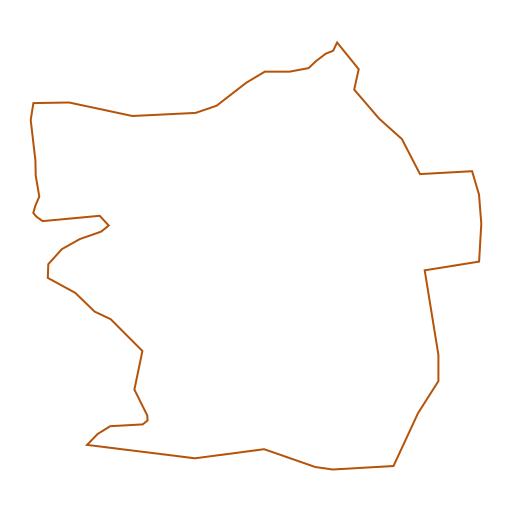 SVG path tracing the border of Viesites
{"feature_id": "LVA-5733", "entity_name": "Viesites", "entity_type": "Municipality", "adm_level": 1, "iso_a3": "LVA", "parent_name": "Latvia", "parent_adm1": "", "projection": "natural_earth1", "projection_center": [25.472, 56.304], "detail": "fine", "context": "isolated", "style": "outline", "palette": "amber", "viewbox_px": 512, "rotation_deg": 0, "n_neighbors": 0, "source": "natural_earth", "source_scale": "10m", "svg_char_len": 805}
<svg xmlns="http://www.w3.org/2000/svg" viewBox="0 0 512 512"><path d="M194.8,458.3L87.0,444.9L87.5,444.4L97.6,434.0L110.2,426.2L142.7,424.4L147.6,420.4L147.2,415.3L134.4,389.6L142.4,351.0L110.7,319.2L94.6,311.6L75.3,292.9L47.8,277.9L48.3,264.2L61.9,249.1L79.9,239.0L101.2,231.6L108.7,225.5L99.7,215.8L42.6,221.1L36.3,216.6L33.3,212.9L35.4,205.6L39.3,196.6L35.7,175.5L35.4,160.4L30.7,120.0L33.4,103.1L69.1,102.5L132.4,116.0L195.6,112.9L216.6,105.7L246.3,82.7L264.7,71.7L289.4,71.7L308.6,68.1L315.9,61.2L325.7,53.7L333.1,50.8L337.1,42.5L358.7,69.2L354.2,89.6L379.2,118.7L401.9,139.1L420.0,174.1L472.1,171.2L479.0,194.5L481.3,223.7L479.1,261.6L424.7,270.3L438.4,354.9L438.4,381.1L418.0,413.2L393.5,466.0L332.7,469.5L315.2,467.0L264.1,449.2L194.8,458.3Z" fill="none" stroke="#b45309" stroke-width="2"/></svg>